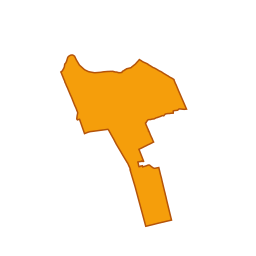 Colibasi, Giurgiu, Romania, rotated 128°
{"feature_id": "2599482B40153006578740", "entity_name": "Colibasi", "entity_type": "district", "adm_level": 2, "iso_a3": "ROU", "parent_name": "Romania", "parent_adm1": "Giurgiu", "projection": "albers", "projection_center": [26.205, 44.233], "detail": "fine", "context": "isolated", "style": "filled", "palette": "amber", "viewbox_px": 256, "rotation_deg": 128, "n_neighbors": 0, "source": "geoboundaries", "source_scale": "gbopen_adm2", "svg_char_len": 5514}
<svg xmlns="http://www.w3.org/2000/svg" viewBox="0 0 256 256"><g transform="rotate(128 128 128)"><path d="M152.6,172.8L152.4,172.8L152.2,172.6L151.6,172.0L151.4,171.8L151.3,171.7L151.0,171.5L159.2,158.8L155.8,156.8L154.1,155.5L152.6,154.0L147.2,148.7L141.4,143.0L141.5,142.3L141.9,141.1L142.4,140.1L142.5,139.7L142.7,139.4L142.8,139.0L143.4,137.7L143.6,137.3L143.9,136.4L144.4,135.3L145.0,133.9L145.3,133.0L146.4,130.7L147.0,129.4L147.3,128.6L147.7,127.9L149.2,124.1L150.2,121.5L150.7,120.2L151.2,118.9L151.9,117.3L152.1,116.6L152.4,116.0L152.9,114.7L154.2,111.3L154.9,109.4L155.4,108.1L155.7,107.5L155.7,107.2L155.9,106.6L156.7,105.1L157.7,103.3L157.6,103.2L158.4,101.9L158.6,101.6L158.7,101.3L159.4,100.4L159.7,100.6L170.0,86.1L194.5,53.5L193.2,52.4L191.1,50.8L190.5,50.3L190.4,50.2L188.6,48.8L184.2,45.4L183.1,44.5L182.4,43.9L181.8,43.5L181.7,43.4L180.3,42.2L178.6,40.9L173.8,37.0L169.3,42.7L161.0,53.2L159.0,55.6L157.4,57.7L156.6,58.6L155.5,60.1L154.3,61.6L153.2,63.0L152.4,64.0L151.6,65.0L150.8,66.0L149.3,67.9L146.6,71.2L145.2,73.1L144.1,74.5L142.9,76.0L141.4,77.9L140.2,79.4L143.3,82.1L143.5,82.4L143.8,83.0L143.9,83.4L144.0,84.8L144.0,86.3L144.1,86.8L144.0,87.2L144.0,88.2L144.1,88.4L144.2,88.6L144.5,89.0L144.8,89.3L146.7,90.4L147.3,90.8L149.6,92.5L148.9,93.4L149.6,94.0L150.6,94.9L151.2,94.9L151.4,95.2L151.7,95.5L151.5,95.9L151.3,96.3L151.2,96.4L151.1,96.5L150.8,96.7L150.7,96.8L149.9,97.8L149.3,98.5L148.9,99.2L148.7,99.3L148.4,99.0L147.7,98.5L147.5,98.2L147.2,98.0L147.0,97.8L146.6,97.4L146.4,97.2L146.2,97.1L146.1,96.9L145.9,96.9L145.7,97.0L145.6,96.9L145.6,96.7L145.4,96.5L145.3,96.2L145.3,95.8L145.2,95.7L144.9,95.3L144.6,95.2L144.2,95.9L144.0,96.2L139.8,103.3L138.9,104.8L138.1,106.3L135.5,105.0L133.8,104.2L133.6,104.1L132.0,103.4L131.2,102.9L130.6,102.7L129.8,102.3L129.1,102.0L128.9,101.9L128.2,101.5L127.4,101.1L126.8,100.8L126.3,100.6L125.1,100.0L124.6,99.8L123.7,99.4L123.3,99.2L123.1,99.6L122.4,101.0L122.2,101.4L122.0,101.6L121.6,102.3L121.3,102.9L120.8,103.9L120.5,104.6L120.4,104.8L120.1,105.2L120.0,105.5L119.7,106.1L119.5,106.4L118.8,107.6L118.5,108.1L118.0,109.0L117.7,109.4L117.6,109.6L117.8,109.9L117.6,110.1L117.2,110.5L117.0,110.8L116.7,111.4L116.3,112.1L116.1,112.6L115.8,113.1L115.7,113.3L115.0,114.5L114.4,115.7L114.2,116.0L113.8,116.6L113.4,117.2L113.3,117.3L113.2,117.3L113.0,117.2L112.8,117.1L112.5,117.1L112.3,117.1L112.1,117.2L110.9,117.3L110.5,117.3L109.7,117.3L109.2,117.2L108.9,117.0L108.6,116.8L108.2,116.3L107.8,115.8L107.4,115.4L106.7,114.9L106.2,114.5L105.7,114.0L105.2,113.5L104.7,113.0L104.1,112.7L103.5,112.5L102.7,112.1L102.4,111.9L102.0,111.5L101.0,110.9L98.7,109.4L97.4,108.8L96.9,108.3L96.6,107.6L96.3,107.3L95.9,107.3L95.0,107.3L94.1,107.2L93.4,106.7L92.2,105.6L90.9,104.1L89.9,103.2L89.2,102.4L88.5,101.5L88.1,101.7L86.9,102.8L86.6,102.7L85.9,102.3L85.2,101.6L83.9,100.3L83.6,100.0L83.1,99.8L82.2,99.6L81.6,99.5L81.3,99.3L80.3,97.7L78.7,95.2L77.1,93.5L67.2,111.7L64.2,117.0L64.0,117.5L63.8,118.0L62.5,120.2L62.1,121.0L61.5,121.6L61.7,124.0L62.2,126.4L62.3,127.8L62.3,128.6L62.4,128.9L62.6,130.2L62.8,132.1L63.0,133.3L63.1,135.4L63.2,135.9L63.3,137.2L63.5,137.5L63.7,138.5L63.8,139.3L63.9,140.1L64.0,141.1L64.1,141.8L64.3,143.3L64.4,143.5L64.5,144.0L64.6,144.6L64.8,145.1L64.9,145.4L65.0,145.8L65.0,146.4L65.1,147.5L65.4,150.2L65.5,150.7L65.6,150.9L65.4,151.6L65.5,152.0L65.6,152.7L66.2,155.0L66.4,155.8L66.7,157.2L66.8,158.0L66.8,158.8L66.8,159.0L66.9,159.7L67.0,160.4L67.1,161.2L68.4,161.2L70.3,161.4L71.0,161.4L72.1,161.5L72.8,161.5L73.3,161.6L73.9,161.7L74.9,162.0L76.7,162.4L77.0,162.5L77.4,162.6L78.2,162.7L78.4,162.7L79.2,163.2L80.6,164.3L82.1,165.5L82.3,165.6L82.6,165.7L83.0,165.8L83.3,165.9L83.5,166.0L84.0,166.1L84.2,166.3L84.4,166.4L84.6,166.4L84.8,166.5L85.3,166.5L85.5,166.6L85.9,166.9L86.0,167.0L86.5,167.1L86.9,167.2L87.2,167.2L87.4,167.2L87.7,167.2L88.0,167.1L88.2,167.3L88.4,167.4L88.5,167.5L88.8,167.8L89.0,168.0L89.4,168.4L89.5,168.6L89.7,168.8L89.9,169.2L90.1,169.3L90.2,169.6L90.3,169.7L90.4,170.1L90.5,170.2L90.5,170.3L90.6,170.5L90.7,170.9L90.8,171.2L91.0,171.5L91.2,171.8L91.3,172.0L91.6,172.3L91.7,172.5L91.9,172.9L92.0,173.2L92.1,173.5L92.3,173.9L92.4,174.0L92.6,174.8L92.8,175.0L93.2,175.5L93.5,175.8L93.6,176.0L93.9,176.4L94.2,176.8L94.6,177.2L95.0,177.6L95.2,177.9L96.3,179.2L98.9,182.0L100.9,183.8L103.9,187.1L105.0,188.3L107.2,192.4L107.9,193.9L108.7,197.4L108.8,198.5L108.4,204.3L108.3,205.1L106.2,210.5L104.3,214.3L104.5,216.5L105.4,217.6L106.0,218.1L107.6,218.8L109.1,219.0L109.6,218.9L113.3,217.5L115.1,217.1L116.6,217.2L119.0,215.8L120.5,215.4L123.1,215.0L123.8,215.0L124.6,215.2L125.2,215.4L125.8,214.2L126.4,213.2L126.6,212.8L126.9,212.4L127.2,211.8L127.5,211.3L127.5,211.2L127.8,210.7L128.4,209.9L128.5,209.6L128.6,209.4L129.0,208.7L129.5,207.8L129.6,207.6L129.8,207.2L129.9,206.9L130.1,206.7L130.3,206.5L130.5,206.3L130.6,206.2L131.8,203.8L132.4,202.9L132.9,201.9L133.3,201.2L133.3,200.9L134.0,199.8L134.5,198.9L134.6,198.7L135.1,197.9L135.7,196.7L136.2,195.9L136.8,194.8L137.2,194.0L137.4,193.8L137.5,193.5L137.7,193.2L137.8,192.9L138.0,192.5L138.4,191.8L138.8,191.0L139.2,190.4L139.1,190.5L139.5,189.8L140.2,188.7L140.4,188.4L140.6,188.0L140.7,187.8L141.0,187.3L141.3,186.8L142.4,184.9L142.9,184.1L143.9,182.1L144.0,181.9L144.8,180.5L145.2,179.8L145.6,179.3L145.9,178.7L146.1,178.3L146.6,177.5L146.8,177.2L147.1,176.9L148.1,176.4L150.1,175.4L150.8,174.9L151.4,174.6L151.9,174.3L152.1,174.2L152.5,173.7L152.7,173.4L152.7,173.1L152.6,172.9L152.6,172.8Z" fill="#f59e0b" stroke="#b45309" stroke-width="1.5"/></g></svg>